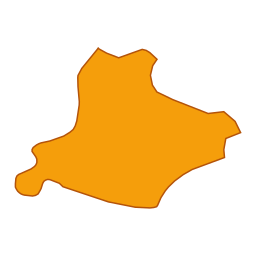 Monastir, Mercator projection
{"feature_id": "TUN-117", "entity_name": "Monastir", "entity_type": "Governorate", "adm_level": 1, "iso_a3": "TUN", "parent_name": "Tunisia", "parent_adm1": "", "projection": "mercator", "projection_center": [10.678, 35.624], "detail": "fine", "context": "isolated", "style": "filled", "palette": "amber", "viewbox_px": 256, "rotation_deg": 0, "n_neighbors": 0, "source": "natural_earth", "source_scale": "10m", "svg_char_len": 1068}
<svg xmlns="http://www.w3.org/2000/svg" viewBox="0 0 256 256"><path d="M98.2,48.1L99.1,49.0L106.7,53.2L118.7,57.8L142.2,49.4L146.2,50.4L149.8,52.6L157.0,59.3L152.7,65.7L150.4,75.3L152.4,85.1L156.9,92.0L172.7,99.6L208.1,113.5L223.8,111.7L235.1,121.4L240.6,132.6L225.8,138.5L223.8,149.7L224.5,157.4L224.5,157.5L192.1,169.5L183.2,174.6L174.7,180.9L168.5,186.9L165.3,190.8L160.9,197.7L157.6,205.3L156.6,206.7L153.8,207.5L149.9,207.9L135.2,207.2L108.4,201.9L62.9,186.7L59.4,183.3L50.1,179.7L47.7,179.4L45.6,180.1L44.0,181.2L43.0,182.8L42.5,184.0L41.1,188.5L40.2,190.3L38.1,193.9L35.5,195.4L32.5,196.0L24.4,195.1L22.9,194.7L21.0,193.9L19.3,192.7L17.7,191.2L16.6,189.5L15.5,187.4L15.4,186.8L15.4,183.7L15.9,178.4L16.9,176.0L18.6,174.5L31.0,169.0L34.5,166.5L36.0,164.7L36.9,162.4L36.8,159.1L35.8,156.8L32.1,151.5L32.1,149.5L33.2,147.5L36.6,144.9L38.9,143.7L41.0,142.9L49.8,141.0L63.7,136.1L70.0,132.2L73.2,129.5L75.2,126.0L76.8,120.9L79.2,105.1L79.3,101.6L78.0,86.6L77.8,77.6L78.0,75.5L81.8,68.4L97.3,49.4L98.2,48.1Z" fill="#f59e0b" stroke="#b45309" stroke-width="1.5"/></svg>